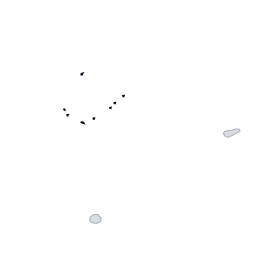 where Alifu Dhaalu sits in Maldives, rotated 52°
{"feature_id": "MDV-5232", "entity_name": "Alifu Dhaalu", "entity_type": "Atoll", "adm_level": 1, "iso_a3": "MDV", "parent_name": "Maldives", "parent_adm1": "", "projection": "orthographic", "projection_center": [72.869, 3.67], "detail": "fine", "context": "in_parent", "style": "filled", "palette": "ink", "viewbox_px": 256, "rotation_deg": 52, "n_neighbors": 0, "source": "natural_earth", "source_scale": "10m", "svg_char_len": 1329}
<svg xmlns="http://www.w3.org/2000/svg" viewBox="0 0 256 256"><g transform="rotate(52 128 128)"><path d="M196.8,55.1L193.8,56.7L191.0,56.1L190.1,54.1L191.5,51.1L193.8,47.3L195.4,43.2L197.7,40.9L199.5,41.7L199.3,44.0L198.5,47.2L197.9,51.3L196.8,55.1ZM180.6,214.7L176.9,215.1L174.7,212.1L175.2,207.9L178.0,204.9L182.5,204.7L185.0,207.4L183.7,211.5L180.6,214.7Z" fill="#d9dde1" stroke="#a8b0b8" stroke-width="1"/><path d="M97.2,159.9L94.4,161.7L95.1,160.4L95.8,159.9L96.5,159.8L97.2,159.9ZM57.0,130.0L57.2,130.6L57.6,131.0L57.8,131.4L57.3,132.1L57.0,131.8L56.5,131.5L56.5,131.1L56.8,130.6L57.0,130.0ZM101.3,128.8L101.5,129.2L101.9,129.5L101.2,130.0L100.7,129.7L100.8,129.5L101.1,129.2L101.3,128.8ZM99.5,148.5L99.7,148.9L100.0,149.0L100.1,149.4L99.5,149.7L98.9,149.4L99.0,149.1L99.3,148.9L99.5,148.5ZM100.0,111.2L100.2,111.6L100.3,111.7L100.5,111.9L100.6,112.1L99.9,112.4L99.4,112.1L99.5,111.9L99.8,111.6L100.0,111.2ZM100.2,122.3L100.4,122.7L100.7,122.9L100.8,123.2L100.1,123.5L100.0,123.4L99.6,123.2L99.7,122.9L100.0,122.7L100.2,122.3ZM80.7,167.0L80.9,167.4L81.2,167.7L81.3,167.9L80.6,168.2L80.1,167.9L80.2,167.7L80.5,167.4L80.7,167.0ZM74.2,165.9L74.2,166.0L74.4,166.2L74.5,166.3L74.9,166.6L75.1,166.8L74.7,167.0L73.8,167.0L73.7,166.8L73.7,166.7L74.1,166.4L74.2,165.9Z" fill="#0f172a" stroke="#020617" stroke-width="1.5"/></g></svg>